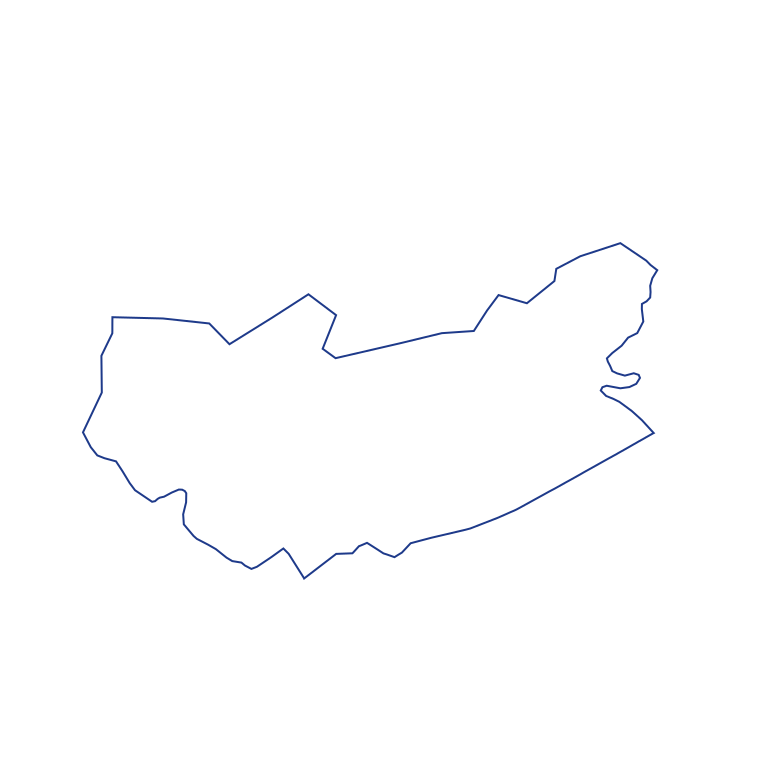 Kubum, Southern Darfur, Sudan, rotated 247°
{"feature_id": "16777658B37095470254890", "entity_name": "Kubum", "entity_type": "district", "adm_level": 2, "iso_a3": "SDN", "parent_name": "Sudan", "parent_adm1": "Southern Darfur", "projection": "robinson", "projection_center": [23.862, 11.742], "detail": "fine", "context": "isolated", "style": "outline", "palette": "blue", "viewbox_px": 768, "rotation_deg": 247, "n_neighbors": 0, "source": "geoboundaries", "source_scale": "gbopen_adm2", "svg_char_len": 2118}
<svg xmlns="http://www.w3.org/2000/svg" viewBox="0 0 768 768"><g transform="rotate(247 384 384)"><path d="M539.5,154.9L536.8,153.7L520.4,134.9L486.4,120.9L457.1,88.0L440.4,89.4L430.3,92.2L424.9,97.7L417.5,107.1L405.9,109.2L392.1,111.2L383.5,113.3L366.2,124.5L365.6,127.5L366.7,130.8L367.0,133.2L366.2,137.5L367.0,146.2L367.0,153.9L365.6,156.9L363.3,158.8L360.7,159.3L352.4,155.6L342.5,148.2L333.0,144.9L318.6,149.3L314.6,151.2L304.7,159.4L297.7,164.7L285.7,171.2L280.3,175.1L275.3,183.0L271.2,185.1L265.6,189.7L265.4,195.6L268.3,210.8L268.8,213.3L271.3,224.3L271.9,227.1L264.9,229.9L238.4,234.2L236.3,234.5L236.2,234.5L246.3,273.6L240.5,288.8L241.5,291.1L244.5,297.6L244.4,299.1L244.4,306.3L241.4,308.4L234.1,313.4L228.3,317.3L225.9,320.1L220.5,326.0L221.2,330.3L221.8,334.6L227.0,346.3L225.5,356.9L224.0,367.3L218.0,402.1L217.3,407.0L216.4,436.1L216.5,445.3L216.6,450.1L216.6,454.4L216.7,456.9L217.0,460.2L219.9,488.6L220.5,494.3L221.0,500.3L222.5,514.0L222.6,515.2L224.1,529.2L224.6,533.1L224.9,535.8L226.6,551.6L227.8,562.6L228.0,564.9L228.2,566.5L228.6,570.7L228.8,572.0L230.2,584.5L230.4,586.1L230.9,590.2L231.1,592.2L231.3,593.7L231.7,596.8L231.7,597.6L231.9,598.8L232.0,599.8L232.0,600.1L232.2,601.6L232.4,603.5L232.5,603.9L232.6,605.0L232.7,605.9L232.8,606.5L232.8,607.0L233.0,608.3L233.2,610.4L233.3,610.7L233.3,610.9L233.3,611.3L233.4,612.2L233.5,612.7L233.5,613.1L249.9,607.3L262.2,601.6L275.7,593.6L280.6,589.4L286.2,583.8L293.3,581.0L295.7,583.8L295.4,588.3L291.4,594.3L287.7,599.9L285.3,608.7L285.6,616.3L289.6,622.0L292.9,622.0L296.3,618.1L297.6,609.0L302.7,602.7L306.7,599.2L312.3,599.2L317.2,598.8L320.5,599.2L323.3,606.2L326.4,617.7L331.3,626.8L331.9,637.0L340.2,647.1L352.2,650.6L356.9,652.7L357.5,658.0L359.6,662.8L364.5,665.3L370.4,667.4L376.5,672.3L382.0,680.0L389.5,675.8L395.1,673.6L421.3,656.6L424.9,614.6L422.7,587.6L412.2,581.1L402.5,547.1L421.1,524.2L411.4,507.6L397.7,487.4L408.2,457.1L415.3,414.2L426.7,349.5L440.4,341.3L466.1,366.8L496.1,349.5L488.8,307.2L481.0,257.3L508.0,246.8L530.7,206.1L551.6,160.1L546.3,157.8L539.5,154.9Z" fill="none" stroke="#1e3a8a" stroke-width="2"/></g></svg>